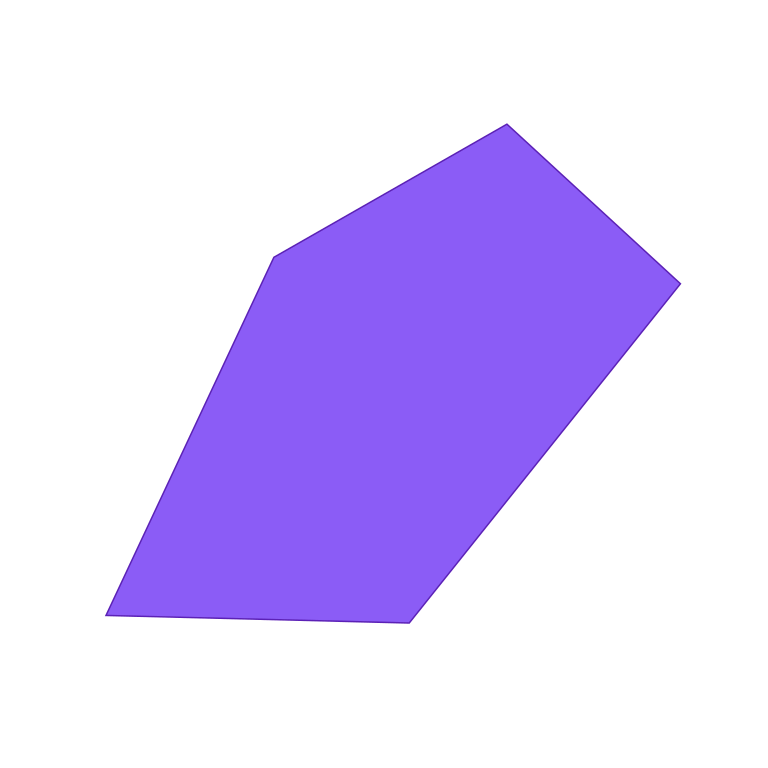 SVG path tracing the border of Mont Buxton, rotated 82°
{"feature_id": "SYC-5214", "entity_name": "Mont Buxton", "entity_type": "state/province", "adm_level": 1, "iso_a3": "SYC", "parent_name": "Seychelles", "parent_adm1": "", "projection": "orthographic", "projection_center": [55.442, -4.613], "detail": "fine", "context": "isolated", "style": "filled", "palette": "violet", "viewbox_px": 768, "rotation_deg": 82, "n_neighbors": 0, "source": "natural_earth", "source_scale": "10m", "svg_char_len": 241}
<svg xmlns="http://www.w3.org/2000/svg" viewBox="0 0 768 768"><g transform="rotate(82 384 384)"><path d="M243.2,475.4L143.8,226.1L326.0,76.5L624.2,392.3L574.5,691.5L243.2,475.4Z" fill="#8b5cf6" stroke="#5b21b6" stroke-width="1.5"/></g></svg>